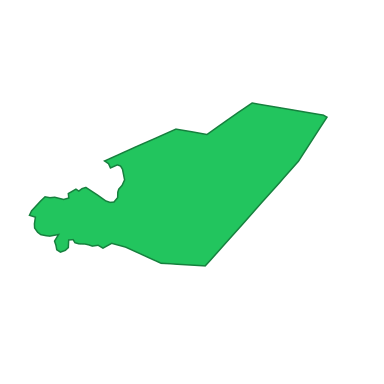 outline of Sanharó, Pernambuco, Brazil, rotated 240°
{"feature_id": "56859067B24709648892908", "entity_name": "Sanharó", "entity_type": "district", "adm_level": 2, "iso_a3": "BRA", "parent_name": "Brazil", "parent_adm1": "Pernambuco", "projection": "robinson", "projection_center": [-36.53, -8.368], "detail": "fine", "context": "isolated", "style": "filled", "palette": "green", "viewbox_px": 384, "rotation_deg": 240, "n_neighbors": 0, "source": "geoboundaries", "source_scale": "gbopen_adm2", "svg_char_len": 1190}
<svg xmlns="http://www.w3.org/2000/svg" viewBox="0 0 384 384"><g transform="rotate(240 192 192)"><path d="M187.7,96.8L177.4,107.0L156.6,121.8L145.7,129.6L140.7,137.4L137.2,142.5L121.4,166.5L123.8,174.1L128.5,188.3L130.8,195.2L138.6,219.1L148.3,247.9L156.6,273.5L158.5,278.8L165.4,299.6L184.0,335.8L189.3,346.3L193.0,344.1L195.0,341.6L234.8,293.5L239.0,288.6L237.8,271.7L237.3,266.4L236.7,259.2L235.7,248.3L234.8,239.1L234.3,233.7L237.6,229.8L244.3,221.9L254.5,209.5L257.3,182.8L258.1,175.8L259.2,166.0L259.5,162.6L260.4,153.8L261.5,142.5L262.6,131.8L258.2,133.9L253.6,133.4L252.8,140.9L250.2,143.1L246.5,143.2L236.2,139.7L232.7,134.8L231.1,130.0L229.0,127.7L224.3,124.8L222.3,119.3L224.0,115.8L227.5,112.8L236.5,108.7L249.0,102.4L249.9,98.5L249.4,94.4L252.5,92.9L252.5,84.1L248.4,82.3L249.7,77.1L256.1,70.5L258.1,66.1L261.3,62.3L259.9,56.5L255.9,43.6L253.1,39.6L248.5,43.8L243.2,39.6L239.5,37.7L234.3,38.2L230.7,39.7L227.1,43.8L224.9,46.8L221.9,55.2L218.2,48.4L213.8,47.5L209.6,46.0L205.7,48.0L204.8,53.1L205.7,57.1L212.1,61.2L210.2,65.2L206.6,65.3L203.6,68.2L200.4,73.4L197.8,76.2L195.0,78.6L192.8,84.1L187.9,86.8L187.7,96.8Z" fill="#22c55e" stroke="#15803d" stroke-width="1.5"/></g></svg>